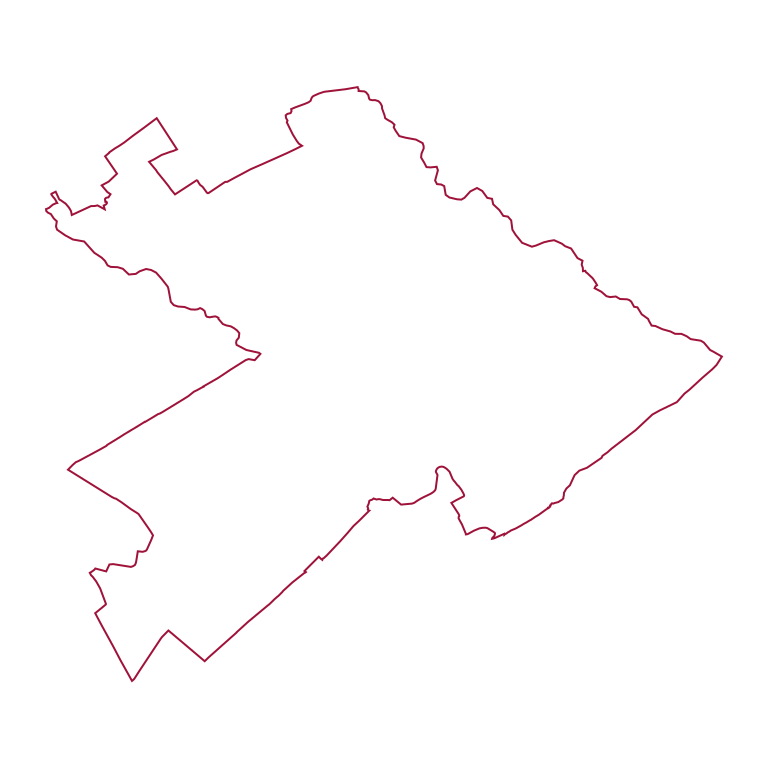 the district of Bucsani, Dâmbovita, Romania
{"feature_id": "2599482B69669655594172", "entity_name": "Bucsani", "entity_type": "district", "adm_level": 2, "iso_a3": "ROU", "parent_name": "Romania", "parent_adm1": "Dâmbovita", "projection": "natural_earth1", "projection_center": [25.633, 44.864], "detail": "fine", "context": "isolated", "style": "outline", "palette": "rose", "viewbox_px": 768, "rotation_deg": 0, "n_neighbors": 0, "source": "geoboundaries", "source_scale": "gbopen_adm2", "svg_char_len": 6052}
<svg xmlns="http://www.w3.org/2000/svg" viewBox="0 0 768 768"><path d="M132.0,680.9L133.9,679.3L134.7,678.2L139.2,671.2L161.0,638.3L162.1,636.9L168.4,630.5L204.7,661.2L208.7,657.3L236.7,632.4L236.7,632.2L248.0,621.9L267.1,606.0L269.3,604.3L274.5,599.2L277.6,596.5L278.3,596.0L282.3,592.0L283.0,591.0L292.3,582.5L304.3,573.0L305.3,572.6L305.9,572.1L304.5,571.0L318.8,556.7L321.2,559.1L322.3,559.9L322.7,558.7L323.8,558.1L326.6,555.6L340.3,541.1L347.8,532.7L353.4,526.1L359.3,520.6L369.3,510.6L368.3,510.3L367.8,509.5L368.2,508.4L367.4,506.6L368.7,503.7L369.3,500.9L370.4,500.2L371.6,499.9L372.8,499.2L373.5,498.5L376.6,499.5L378.5,499.1L379.9,499.2L383.1,500.0L388.0,500.0L389.6,500.2L392.7,497.7L401.1,504.6L412.1,503.6L414.5,502.7L416.4,501.3L420.1,499.0L423.7,497.1L430.4,493.9L432.4,492.7L433.6,491.8L435.1,490.3L435.7,488.8L437.5,475.0L435.9,471.9L435.9,471.2L436.3,470.1L437.2,468.5L438.5,467.5L439.7,466.9L441.7,466.6L443.2,466.8L444.7,467.5L446.7,468.9L449.6,471.8L452.5,478.8L453.9,480.8L454.7,481.6L457.2,484.9L458.8,486.3L461.4,489.8L463.3,493.2L464.0,494.8L464.1,495.6L463.8,496.3L456.2,500.2L451.4,502.9L458.8,514.3L459.3,515.9L458.7,516.9L458.6,518.3L460.3,521.5L462.0,524.5L465.9,533.9L465.9,534.4L466.9,534.3L467.9,534.0L473.9,530.7L479.4,528.4L482.6,527.8L485.1,527.7L486.2,527.8L487.5,528.2L493.1,531.6L494.5,532.6L495.0,533.2L495.0,533.6L494.4,535.8L492.3,538.0L492.1,538.8L494.5,538.2L504.2,533.8L504.3,534.9L505.0,534.2L506.6,533.4L507.6,532.5L509.6,531.4L510.9,530.5L515.7,528.5L521.1,525.5L523.7,523.9L527.0,522.1L529.4,520.6L530.8,519.9L535.2,516.9L538.6,514.9L545.8,509.7L547.4,508.6L548.4,508.2L548.1,507.6L549.6,507.0L550.2,506.6L550.0,505.5L550.2,505.2L550.7,505.1L551.1,504.6L551.5,503.6L552.0,503.3L553.2,503.6L554.7,503.0L558.2,502.1L562.3,499.5L563.4,498.3L563.4,497.0L563.8,495.6L564.0,492.7L566.4,488.5L569.9,485.3L574.6,475.1L579.4,470.6L586.9,467.8L601.6,457.8L602.5,455.8L607.5,452.3L611.5,448.7L635.8,430.0L652.4,414.5L660.2,410.2L676.9,402.1L684.5,393.6L689.3,389.8L702.8,377.4L712.1,369.4L716.5,365.0L721.9,356.6L713.4,351.7L710.1,350.0L703.8,342.5L700.8,340.7L690.7,339.1L686.6,336.2L681.5,333.9L675.0,333.8L670.5,331.5L662.4,329.2L655.4,326.0L651.6,325.6L648.9,320.8L648.1,318.9L641.7,314.3L637.4,307.3L634.1,306.8L631.3,301.7L629.4,300.1L627.1,299.3L620.0,299.0L615.8,296.5L610.1,297.1L606.5,296.2L601.3,291.7L594.6,288.2L595.5,286.3L597.1,285.2L595.8,282.9L592.8,278.4L587.2,273.1L585.9,272.2L585.3,270.8L583.0,271.2L582.8,267.8L581.7,264.7L582.5,260.7L577.5,258.1L571.1,248.5L565.1,246.2L561.9,243.7L554.1,240.2L549.2,241.0L543.8,242.3L536.1,245.5L531.9,246.7L522.1,242.8L515.6,234.8L512.4,229.7L511.2,220.4L507.9,216.6L503.3,215.9L499.4,210.1L493.2,204.3L492.0,198.8L487.3,197.9L482.3,191.0L477.0,188.0L470.3,191.4L464.5,197.8L461.4,199.6L457.1,199.3L449.4,197.5L445.7,194.8L444.2,186.1L441.2,184.5L437.0,184.1L435.1,180.5L437.9,170.3L436.7,166.8L430.4,167.4L426.5,167.1L424.1,162.5L421.1,157.5L421.5,153.6L423.7,148.4L423.6,145.9L422.6,143.1L416.0,139.6L405.6,137.7L399.3,136.1L395.6,130.7L393.7,127.3L394.5,124.7L391.8,122.2L387.4,119.7L385.2,118.2L384.5,115.2L382.1,108.6L381.9,105.9L380.3,103.0L378.5,101.2L375.2,100.1L372.3,100.2L370.0,99.7L369.1,98.6L368.3,95.1L366.1,92.4L364.4,91.4L358.6,91.0L358.6,89.2L357.7,87.7L357.6,87.1L345.7,89.2L324.1,91.8L319.0,93.5L313.4,96.0L312.2,97.1L311.5,98.2L310.6,100.8L308.5,102.3L305.0,103.8L295.2,107.4L291.2,109.1L291.5,111.2L290.6,113.1L287.4,113.9L285.7,115.3L286.0,117.9L287.5,120.6L286.8,122.3L292.7,134.3L296.7,140.8L298.8,143.6L302.0,145.8L294.8,149.4L286.6,153.3L262.4,164.1L250.5,169.3L239.5,175.2L235.3,177.4L227.1,181.9L225.8,181.8L225.0,182.0L210.4,191.8L208.8,192.9L208.0,193.2L207.3,193.0L206.7,192.4L202.6,186.8L200.1,184.9L198.6,182.7L197.5,180.7L196.7,180.3L196.3,180.5L175.0,194.4L170.7,189.2L168.7,186.3L164.2,180.6L158.8,174.0L157.0,171.7L156.2,170.3L149.1,161.8L153.8,159.5L161.7,154.9L166.8,153.1L170.3,151.8L172.9,151.1L177.0,149.4L156.7,118.2L144.3,127.5L132.5,136.1L124.5,142.3L119.6,145.6L114.8,148.5L109.4,152.3L109.1,152.6L109.1,152.9L105.1,156.3L117.0,173.7L108.7,181.6L101.7,185.4L107.3,192.0L110.5,194.2L108.4,197.4L107.1,197.5L105.7,198.1L105.0,199.0L105.1,200.6L105.4,201.9L106.4,201.7L106.9,202.5L106.8,203.4L106.1,204.3L104.9,205.0L103.7,205.5L104.7,209.3L97.5,205.4L94.8,206.0L91.0,206.1L71.8,215.0L71.0,211.1L70.0,209.3L68.8,207.4L65.7,203.7L60.4,200.0L59.7,199.8L59.1,199.1L55.7,191.7L51.4,193.8L51.3,194.4L52.5,196.1L55.1,199.3L57.2,203.0L56.1,203.2L52.9,204.6L49.1,207.8L46.3,209.1L46.1,209.1L46.2,210.9L48.0,212.7L50.9,214.1L53.8,218.5L56.8,221.3L56.0,226.5L57.1,229.7L65.0,235.2L72.9,239.5L84.2,241.5L94.3,252.8L101.6,257.6L104.9,260.8L107.6,265.4L110.7,266.9L117.7,267.2L122.9,268.8L128.9,274.5L135.8,273.9L139.6,271.3L146.1,269.0L151.1,270.0L156.1,272.6L161.4,278.6L167.7,286.6L168.4,288.7L170.8,301.8L173.7,305.1L177.9,306.5L184.6,307.0L190.7,309.4L195.1,309.6L197.6,309.3L200.1,308.1L202.3,309.1L204.6,311.0L205.9,315.6L207.0,316.8L209.7,317.3L212.8,316.7L215.5,316.4L217.2,317.1L218.5,317.9L218.4,318.8L222.8,324.0L225.9,325.3L230.9,326.4L233.9,328.1L236.9,330.3L239.3,333.1L238.8,337.7L236.5,340.5L236.1,342.8L236.6,344.9L246.4,350.0L259.0,352.8L260.4,353.9L254.7,360.2L248.6,359.1L245.7,360.1L230.3,369.8L218.2,377.9L203.4,386.4L203.6,386.7L201.9,387.5L197.2,390.1L193.9,391.7L188.4,396.1L184.1,398.8L162.4,412.1L159.9,413.5L158.1,414.1L145.0,422.0L144.8,421.8L138.4,425.8L124.4,434.2L119.9,437.1L107.2,444.9L106.5,445.8L99.6,449.7L79.9,460.3L78.3,461.1L75.8,462.2L72.5,465.1L68.0,469.7L111.7,496.9L114.5,498.3L116.0,498.7L121.4,502.2L130.7,509.0L137.7,513.4L138.6,514.1L148.3,528.0L151.3,532.5L153.0,535.4L151.2,540.0L147.0,549.3L146.2,550.5L145.1,551.1L142.7,551.8L137.8,551.3L136.2,561.4L135.7,563.3L135.0,564.9L133.0,566.2L130.9,566.9L113.1,564.1L109.4,564.5L106.2,571.4L95.3,568.5L94.6,569.5L93.1,570.7L91.4,571.9L89.8,572.8L91.1,575.3L92.7,576.8L96.3,581.6L100.2,588.5L105.9,603.8L105.8,604.5L95.2,613.2L101.9,625.8L113.2,646.4L120.5,660.3L132.0,680.9Z" fill="none" stroke="#9f1239" stroke-width="2"/></svg>